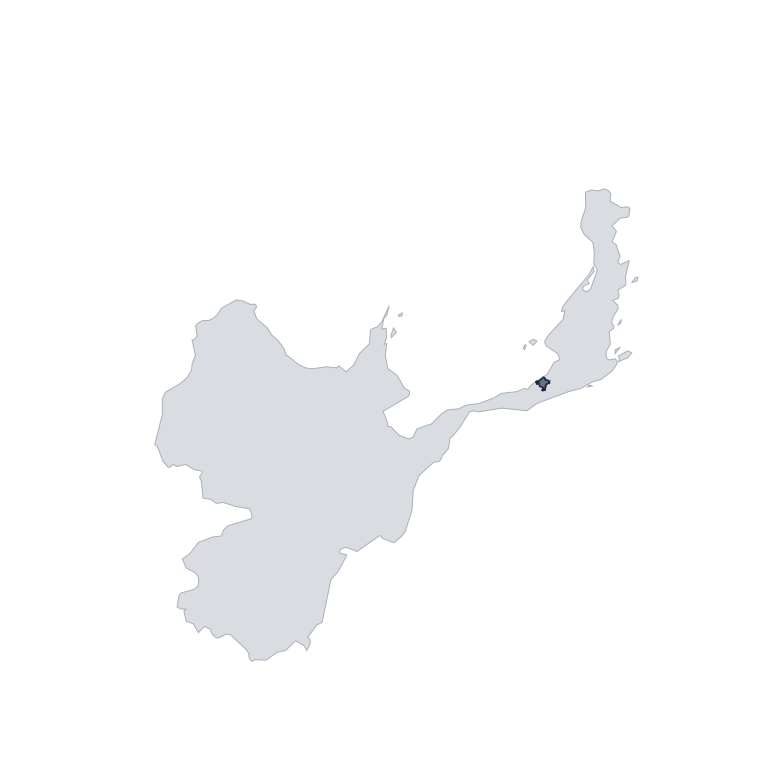 Lang Suan, Chumphon, Thailand (highlighted), rotated 232°
{"feature_id": "78962969B12315134210543", "entity_name": "Lang Suan", "entity_type": "district", "adm_level": 2, "iso_a3": "THA", "parent_name": "Thailand", "parent_adm1": "Chumphon", "projection": "orthographic", "projection_center": [99.044, 9.933], "detail": "fine", "context": "in_parent", "style": "filled", "palette": "slate", "viewbox_px": 768, "rotation_deg": 232, "n_neighbors": 0, "source": "geoboundaries", "source_scale": "gbopen_adm2", "svg_char_len": 6528}
<svg xmlns="http://www.w3.org/2000/svg" viewBox="0 0 768 768"><g transform="rotate(232 384 384)"><path d="M328.0,86.4L328.6,89.3L331.6,85.5L335.5,83.6L343.3,92.0L344.2,95.6L338.7,109.0L339.6,113.5L343.3,117.2L347.6,119.3L352.2,118.7L360.8,114.8L370.3,117.3L369.8,126.2L373.4,140.4L368.9,154.9L364.4,162.1L368.0,168.4L368.3,174.2L359.4,197.0L361.2,198.7L367.1,201.2L369.5,200.4L379.0,191.4L389.6,184.4L393.0,178.5L399.6,176.5L405.6,171.2L419.6,180.2L423.3,181.0L425.1,182.5L425.9,186.3L427.6,186.9L433.2,181.7L442.7,178.2L446.3,170.3L450.7,167.9L450.1,164.1L451.5,162.7L459.3,162.2L471.2,166.1L475.3,166.9L477.3,165.9L496.6,190.8L509.0,200.3L512.1,206.8L509.8,223.7L510.4,233.4L513.3,240.7L518.5,245.8L522.6,253.0L536.8,259.8L535.7,261.7L536.8,266.2L545.7,271.4L546.5,273.1L545.7,280.0L541.8,285.3L541.0,289.6L541.2,294.8L543.7,302.8L541.3,319.3L536.2,324.0L529.4,327.4L525.8,331.9L523.0,330.9L521.5,326.3L513.9,323.9L499.5,326.6L492.2,325.6L482.5,327.3L472.9,326.8L467.3,324.9L451.5,328.8L444.9,332.1L440.1,336.9L433.1,349.1L425.9,356.6L426.1,359.6L417.0,361.6L417.6,371.9L423.0,383.0L424.7,397.2L435.1,407.0L433.2,414.0L434.5,420.8L442.6,436.4L436.8,429.0L435.6,424.0L428.7,416.2L426.6,420.1L418.7,414.3L415.2,408.5L414.1,411.1L406.2,403.0L398.2,398.6L393.7,396.6L382.6,399.6L368.4,397.5L362.9,399.6L360.7,398.3L359.3,395.8L363.0,366.4L350.8,362.8L348.6,360.9L346.0,363.1L334.0,364.4L325.3,369.8L324.3,374.3L328.3,382.4L323.3,397.0L325.0,410.7L324.4,418.3L318.3,427.9L316.8,435.6L309.9,447.3L305.4,462.2L304.3,470.8L296.2,484.0L294.3,491.4L291.4,494.2L292.6,500.1L291.2,518.3L296.4,531.4L295.0,537.5L300.6,539.6L314.0,535.4L318.5,536.5L321.3,543.7L324.8,565.2L330.5,571.7L331.9,568.4L334.5,571.9L336.6,578.3L343.8,612.1L347.6,620.9L343.2,618.7L340.8,608.1L336.9,607.7L338.2,600.9L335.8,598.5L331.8,600.4L331.9,605.7L342.6,622.5L349.2,623.0L357.7,630.4L366.9,635.8L378.4,633.8L386.4,635.5L391.1,640.0L398.7,651.4L411.1,660.8L409.2,666.8L404.4,671.6L401.9,678.0L398.5,679.9L394.0,679.9L388.9,674.7L376.8,679.6L374.1,684.6L371.0,685.9L365.5,680.4L366.0,677.4L369.3,672.8L368.4,661.1L361.1,661.0L356.2,652.3L354.6,651.4L351.1,652.8L339.5,648.7L336.1,643.3L332.6,643.7L330.3,653.1L320.1,640.6L313.0,635.4L314.0,626.0L309.2,624.0L307.2,621.4L309.0,615.8L302.4,616.6L299.3,615.1L295.4,605.0L292.1,600.9L287.8,600.9L286.4,599.0L286.8,594.0L276.1,586.9L272.7,578.8L267.6,575.2L264.4,576.3L261.2,582.0L258.7,581.7L256.5,580.1L253.8,572.0L254.0,557.8L257.4,549.6L259.3,536.4L264.2,525.3L274.5,493.0L274.9,480.2L292.4,462.0L303.9,441.2L307.7,438.1L309.4,434.3L303.3,417.5L300.5,405.9L300.9,402.9L293.5,395.0L291.7,385.9L289.7,383.1L289.0,380.1L291.8,374.8L290.2,355.0L282.1,341.4L267.6,328.7L254.8,310.1L253.1,303.5L252.7,294.1L263.1,287.9L267.2,287.5L268.7,259.6L277.6,254.3L279.5,252.0L280.4,247.3L278.3,244.7L272.5,249.2L271.4,248.2L264.3,231.8L262.7,221.9L234.2,188.4L235.6,182.8L231.5,168.4L227.3,168.1L224.5,165.5L221.5,159.1L227.0,159.9L236.0,156.3L234.6,142.4L238.4,134.4L239.0,121.0L245.8,113.2L246.8,109.3L250.5,108.8L255.4,111.7L260.5,111.8L281.6,108.5L284.3,104.9L285.6,97.6L287.6,95.3L292.4,94.6L297.8,96.1L303.5,93.2L302.4,84.6L312.5,86.1L319.0,82.1L328.0,86.4ZM261.7,585.8L260.2,596.4L256.1,598.5L254.7,592.4L257.2,582.5L258.3,584.8L261.7,585.8ZM328.0,524.3L327.3,529.4L323.6,531.0L322.7,525.3L328.0,524.3ZM417.7,418.9L422.3,426.1L417.1,425.5L416.1,418.5L417.7,418.9ZM311.7,649.9L309.4,646.8L311.3,642.0L313.3,647.9L311.7,649.9ZM268.6,587.0L267.6,592.8L265.6,584.9L268.6,587.0ZM328.1,519.7L326.2,519.1L324.5,515.8L326.9,515.8L328.1,519.7ZM286.5,604.3L288.9,611.0L286.2,607.9L286.5,604.3ZM429.5,437.8L428.9,442.1L426.6,440.4L428.0,437.2L429.5,437.8ZM256.9,545.0L254.3,546.7L256.4,542.6L256.9,545.0Z" fill="#d9dde1" stroke="#a8b0b8" stroke-width="1"/><path d="M279.9,507.1L280.1,507.4L280.3,507.4L280.3,507.6L280.5,507.8L280.8,508.0L281.0,508.3L281.1,508.2L281.2,508.3L281.4,508.3L281.6,508.5L281.8,508.6L281.9,508.8L281.9,509.0L282.0,509.3L282.1,509.6L282.5,509.7L282.5,509.8L282.4,509.9L282.3,510.0L282.5,510.1L282.8,510.1L283.1,510.1L283.3,510.0L283.3,510.4L283.3,510.5L283.2,510.5L283.3,510.6L283.3,510.8L283.5,511.0L283.7,511.4L283.8,511.4L283.9,511.5L283.7,511.6L283.5,511.8L283.5,512.0L283.4,512.3L283.4,512.5L283.5,512.5L283.6,512.8L283.6,513.0L283.7,512.9L283.8,513.0L283.9,513.3L283.9,513.5L283.8,513.8L283.7,513.8L283.4,513.8L283.4,514.0L283.4,514.4L283.3,514.5L283.2,514.6L282.7,514.7L282.7,514.8L282.8,515.0L283.0,515.2L283.3,515.1L283.4,515.3L283.5,515.4L283.8,515.6L284.0,515.7L284.1,515.9L284.2,515.6L284.6,515.3L284.6,515.1L284.7,515.4L284.7,515.5L284.8,515.6L284.9,515.8L285.0,515.8L285.4,515.7L285.6,515.7L285.8,515.6L286.0,515.5L286.0,515.4L286.2,515.2L286.3,515.2L286.4,514.9L286.5,514.9L286.6,514.7L286.8,514.6L287.0,514.4L287.1,514.2L287.3,513.9L287.5,513.8L287.6,513.7L287.8,513.5L288.0,513.6L288.3,513.7L288.2,513.8L288.1,514.2L288.2,514.3L288.5,514.3L288.5,514.2L288.8,514.1L289.0,514.0L289.3,514.0L289.8,514.2L290.0,514.4L290.3,514.4L290.3,514.5L290.5,514.1L290.7,513.7L290.8,513.7L290.8,513.8L290.9,513.7L291.0,513.6L291.3,513.6L291.3,513.2L291.2,512.4L291.1,512.0L291.0,511.4L291.1,511.1L291.2,510.6L291.2,510.1L291.2,509.8L291.2,509.5L291.2,509.4L290.8,508.5L290.8,508.1L290.8,507.8L290.8,507.5L291.0,507.1L291.1,506.9L291.4,506.8L291.5,507.0L291.8,507.0L291.9,506.8L292.0,506.7L291.9,506.5L291.8,506.4L291.7,506.4L291.7,506.2L291.8,506.1L292.0,506.1L292.0,505.9L292.0,505.7L291.9,505.6L291.6,505.6L291.2,505.1L290.9,504.7L290.4,504.7L290.2,504.5L290.1,504.4L289.9,504.3L289.7,504.4L289.7,504.7L289.5,504.8L289.5,505.0L289.7,505.3L289.7,505.5L289.8,505.5L289.8,505.8L289.8,506.1L289.8,506.3L289.7,506.4L289.7,506.5L289.6,506.4L289.4,506.4L289.3,506.5L289.1,506.4L288.9,506.3L288.7,506.2L288.4,506.0L288.2,505.9L288.2,506.0L288.1,505.9L287.9,505.8L287.8,505.7L287.6,505.6L287.3,505.6L287.2,505.6L286.9,505.5L286.7,505.4L286.3,505.2L286.0,505.4L286.0,505.5L285.8,505.6L285.7,505.7L285.4,505.7L285.3,505.8L285.2,505.8L285.1,506.0L284.8,506.3L284.6,506.4L284.5,506.6L284.2,506.7L283.9,506.6L283.6,506.6L283.3,506.5L283.1,506.5L282.8,506.7L282.8,506.8L282.7,506.7L282.4,506.8L282.3,506.5L282.5,506.4L282.5,506.2L282.4,506.0L282.3,505.9L282.2,505.6L282.2,505.3L282.2,505.2L282.1,504.8L281.9,504.6L281.7,504.6L281.2,505.0L280.8,505.1L280.7,505.3L280.7,505.5L280.9,506.0L280.8,506.3L280.7,506.3L280.5,506.5L280.4,506.6L280.2,506.7L280.1,506.8L280.1,507.0L279.9,507.1ZM292.4,505.3L292.4,505.2L292.2,505.0L292.1,505.3L292.4,505.4L292.4,505.3Z" fill="#64748b" stroke="#1e293b" stroke-width="1.5"/></g></svg>